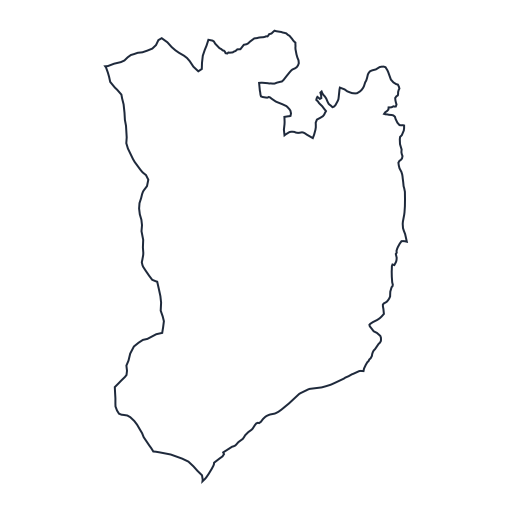 Gem, Nyanza, Kenya
{"feature_id": "3690345B53081703212176", "entity_name": "Gem", "entity_type": "district", "adm_level": 2, "iso_a3": "KEN", "parent_name": "Kenya", "parent_adm1": "Nyanza", "projection": "equal_earth", "projection_center": [34.475, 0.041], "detail": "fine", "context": "isolated", "style": "outline", "palette": "slate", "viewbox_px": 512, "rotation_deg": 0, "n_neighbors": 0, "source": "geoboundaries", "source_scale": "gbopen_adm2", "svg_char_len": 5951}
<svg xmlns="http://www.w3.org/2000/svg" viewBox="0 0 512 512"><path d="M114.8,387.1L115.1,393.1L115.4,398.2L115.4,403.7L115.5,406.5L117.0,410.5L119.0,413.7L121.5,414.7L123.4,414.9L127.3,415.5L130.3,417.2L134.3,421.0L137.1,424.7L139.9,429.5L142.1,433.2L143.7,437.2L149.3,445.5L151.2,448.1L153.3,451.5L155.7,451.7L159.8,452.4L170.7,454.5L182.1,458.6L188.4,461.6L193.4,466.3L197.5,470.9L202.0,475.3L202.7,479.7L202.5,481.3L205.2,478.7L206.4,477.2L208.6,474.0L211.7,468.9L213.3,465.9L213.9,464.4L214.1,462.7L219.7,458.4L222.5,456.4L224.0,454.1L223.2,452.4L232.1,446.7L233.6,446.3L235.3,445.5L236.3,444.5L238.3,442.2L239.9,441.0L242.8,438.9L244.0,437.2L245.2,435.2L248.3,432.1L251.5,429.8L252.6,428.7L254.9,425.1L256.3,423.4L257.8,422.8L259.1,423.1L261.0,421.7L262.0,420.3L263.1,418.9L265.1,417.0L266.5,416.0L268.7,415.0L270.1,414.5L274.7,413.6L276.1,413.0L278.4,411.8L281.2,409.8L288.9,403.5L299.1,394.0L300.4,393.2L308.2,389.4L309.6,388.9L321.7,387.4L326.0,386.2L330.2,384.9L331.5,384.4L334.8,382.9L343.9,378.6L345.3,377.6L348.6,376.2L351.9,374.3L353.3,373.8L359.2,371.1L360.4,370.9L363.5,371.1L364.0,368.6L365.8,364.8L367.4,362.1L368.4,361.3L369.3,359.5L370.7,358.2L371.9,355.9L372.2,354.0L372.8,352.2L373.7,350.5L375.0,349.2L378.6,343.9L380.0,342.6L380.9,340.9L381.0,339.2L380.9,337.6L380.3,335.9L378.5,334.3L376.9,332.9L373.7,331.3L369.8,326.3L369.4,324.8L370.3,323.8L372.9,322.1L377.1,320.0L378.8,318.9L380.0,318.0L381.6,316.5L383.9,313.9L383.4,309.0L382.9,306.3L382.9,304.5L384.1,303.2L385.4,302.6L386.8,301.7L388.0,300.3L389.1,298.7L390.1,296.5L390.2,293.5L390.3,291.6L391.6,287.2L392.5,286.2L392.8,284.7L392.2,282.3L391.8,276.7L391.7,271.4L391.8,269.6L391.9,266.1L392.5,264.5L394.3,265.1L395.2,263.5L396.1,261.7L396.5,260.1L396.7,257.8L395.8,254.0L396.7,252.7L396.5,250.9L397.2,248.6L397.9,247.0L399.7,243.7L401.5,241.2L403.5,241.1L405.1,241.3L406.8,241.7L406.0,238.0L405.1,234.0L403.8,230.7L403.0,228.1L402.7,223.9L402.9,221.6L404.2,214.7L404.5,212.3L404.9,206.2L405.0,199.3L404.9,191.8L404.2,188.3L403.6,186.2L403.2,182.1L402.7,178.2L402.5,176.3L402.2,174.5L401.4,171.9L399.5,168.3L398.8,165.5L398.4,162.7L399.5,160.8L400.7,160.0L402.0,158.5L402.5,156.1L401.8,154.2L401.4,152.2L401.6,149.5L400.6,146.2L400.0,144.1L399.8,139.2L400.1,136.9L401.8,135.2L403.8,130.5L404.1,128.1L404.1,125.5L402.9,125.2L401.3,125.3L399.5,125.1L397.4,122.7L395.6,119.0L394.9,116.7L393.3,115.4L391.7,115.0L389.0,114.8L387.2,114.4L385.5,114.3L384.1,113.9L385.2,112.3L387.3,110.8L388.4,109.5L388.6,107.4L390.9,107.4L392.2,107.0L393.4,106.3L394.6,106.6L395.8,106.5L396.5,104.5L395.9,102.5L395.4,100.2L395.2,98.0L396.4,96.3L397.8,95.4L398.1,93.8L398.1,92.1L398.7,89.9L399.4,88.6L398.9,86.7L397.9,84.6L396.1,84.1L393.4,82.4L390.9,79.6L388.2,72.1L387.4,70.3L385.5,67.2L383.6,66.6L381.5,66.7L379.6,67.1L375.9,69.4L372.4,70.3L371.3,70.7L369.9,71.4L368.7,72.9L367.9,74.4L367.0,78.1L366.2,80.6L365.2,82.3L363.9,86.3L363.0,88.0L361.6,89.9L360.0,91.4L357.1,93.2L355.4,93.4L353.9,93.3L352.0,93.1L350.0,92.4L347.2,91.3L344.6,89.4L339.9,87.6L339.5,89.5L338.7,97.1L338.4,99.3L337.6,101.2L335.4,105.2L334.0,106.6L332.5,107.2L330.7,105.5L329.7,104.8L328.7,103.9L327.6,101.8L326.2,98.5L324.8,96.4L323.3,94.8L322.3,93.2L321.6,91.5L320.4,92.6L321.1,95.3L321.3,98.1L319.8,98.9L318.6,97.8L317.4,96.9L316.7,98.2L316.3,99.9L318.0,101.5L318.8,102.8L319.9,104.0L322.2,106.2L324.2,108.9L326.0,111.1L324.8,113.2L324.2,114.6L322.9,116.2L320.3,117.8L316.9,119.6L315.7,122.7L315.8,124.8L315.8,127.4L315.4,129.9L314.1,134.7L312.8,138.1L306.9,134.7L304.7,133.2L303.4,132.6L302.0,132.3L299.3,132.8L298.1,132.9L296.0,132.6L294.3,131.9L292.0,131.7L290.8,131.8L289.4,132.1L285.5,134.5L284.5,135.3L284.1,131.6L283.9,129.7L284.5,124.3L284.6,122.0L284.5,119.2L284.4,116.9L288.1,116.3L289.4,116.2L290.5,115.9L291.0,113.4L290.4,110.7L289.5,109.3L287.6,107.2L286.4,106.1L282.3,104.2L276.8,102.0L275.7,101.5L271.6,98.7L270.0,97.4L268.7,97.0L267.6,97.6L266.3,97.6L262.6,97.0L261.0,96.4L260.5,94.8L260.2,92.4L259.8,90.2L259.1,82.9L261.7,82.7L262.9,82.8L267.7,83.2L269.3,83.5L270.7,83.4L272.6,83.6L274.5,83.6L277.1,82.6L280.3,81.8L281.9,81.5L283.5,80.0L286.7,75.9L289.6,72.3L291.2,70.5L292.4,69.5L295.1,68.3L296.7,67.2L298.0,65.4L298.8,63.2L298.5,60.3L297.4,57.6L296.5,54.5L295.5,49.3L295.4,47.7L295.5,46.1L295.4,44.4L295.4,42.6L294.2,41.6L293.2,40.5L292.1,38.9L289.5,35.8L287.8,34.8L286.3,33.4L284.6,32.9L282.6,32.5L281.3,32.0L276.2,31.2L274.5,30.7L272.7,32.3L271.5,33.5L269.1,34.2L268.4,35.4L267.5,36.4L266.1,36.3L265.0,36.8L263.4,37.2L260.3,37.4L258.8,37.6L257.0,38.1L254.3,38.4L250.0,41.6L248.1,43.4L246.6,44.2L243.8,44.8L240.4,49.2L238.8,49.3L237.4,49.3L235.5,51.0L233.9,51.6L232.7,52.4L229.7,52.7L228.4,52.5L227.3,53.5L225.6,53.2L224.8,51.5L223.8,50.6L222.7,50.4L221.4,49.2L219.4,48.1L215.2,43.7L213.9,41.5L212.5,40.6L208.4,39.8L206.5,45.7L204.8,49.8L202.8,55.7L202.0,62.8L201.8,69.0L198.3,71.3L193.4,66.7L189.7,61.1L187.0,58.0L184.0,55.7L179.0,52.8L175.4,50.3L171.7,47.1L167.4,42.3L161.7,38.2L158.4,40.1L156.0,45.1L152.3,48.6L147.1,50.7L142.4,52.3L137.7,52.8L134.0,54.1L130.9,55.0L127.7,57.3L124.4,60.5L120.9,62.1L114.1,63.7L107.8,66.1L105.2,66.3L106.0,67.4L107.9,72.7L109.1,76.9L110.2,81.9L114.8,87.5L117.1,89.7L121.4,94.6L122.1,98.4L123.6,104.4L124.5,112.8L124.9,119.9L126.0,125.8L126.7,137.4L126.3,143.2L127.9,148.5L133.0,159.1L134.7,162.0L140.3,169.6L142.0,171.7L143.0,172.7L146.0,175.1L148.3,179.7L147.0,186.1L143.6,190.6L142.9,191.9L142.1,194.1L141.1,198.2L139.5,203.1L139.1,208.5L139.8,214.3L141.4,219.8L142.0,225.2L141.5,231.2L143.2,239.9L142.9,247.4L143.3,252.9L143.2,255.0L142.4,259.4L141.8,262.3L142.5,265.3L143.2,266.9L145.6,270.6L149.1,275.7L152.2,279.8L155.6,281.2L157.2,281.7L158.9,289.2L160.4,296.2L161.1,302.6L160.7,310.7L162.7,316.4L163.9,321.2L163.1,327.4L162.2,332.9L156.3,334.2L147.4,338.9L142.9,339.9L138.6,342.7L133.9,346.5L130.2,353.6L128.5,360.6L126.4,365.6L127.0,370.8L126.5,375.0L124.9,377.0L121.2,380.6L118.4,383.5L114.8,387.1Z" fill="none" stroke="#1e293b" stroke-width="2"/></svg>